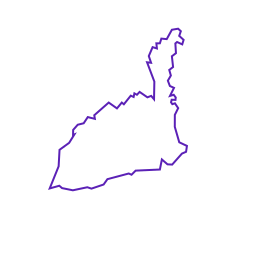 outline of Gazi Baba, Gazi Baba, North Macedonia, rotated 235°
{"feature_id": "65306769B82299046319271", "entity_name": "Gazi Baba", "entity_type": "district", "adm_level": 2, "iso_a3": "MKD", "parent_name": "North Macedonia", "parent_adm1": "Gazi Baba", "projection": "equal_earth", "projection_center": [21.531, 42.028], "detail": "fine", "context": "isolated", "style": "outline", "palette": "violet", "viewbox_px": 256, "rotation_deg": 235, "n_neighbors": 0, "source": "geoboundaries", "source_scale": "gbopen_adm2", "svg_char_len": 1095}
<svg xmlns="http://www.w3.org/2000/svg" viewBox="0 0 256 256"><g transform="rotate(235 128 128)"><path d="M123.4,29.2L120.1,38.6L116.6,39.5L108.6,47.1L102.8,60.7L99.3,63.3L95.7,75.6L97.9,81.8L90.3,102.5L87.7,104.1L88.7,109.8L75.7,130.3L82.8,137.7L75.6,139.5L72.7,143.2L76.1,157.5L75.2,161.9L79.5,166.0L86.9,161.8L102.1,167.0L111.9,173.9L115.5,180.5L121.3,180.6L122.1,178.0L124.4,178.0L126.1,180.0L123.8,183.0L125.6,184.6L129.0,184.5L130.2,180.8L134.5,188.7L138.4,186.4L143.9,187.8L146.4,193.2L151.9,195.1L152.1,199.9L161.6,205.1L161.8,210.2L170.1,215.3L170.3,217.5L165.4,220.4L168.3,224.1L174.1,222.8L177.0,226.8L180.6,226.0L183.3,220.3L178.6,210.7L182.1,206.6L179.1,202.7L181.1,199.8L176.6,197.3L180.1,194.5L175.0,186.3L168.2,184.3L170.9,181.3L150.9,176.2L136.6,165.8L141.0,165.4L142.0,161.5L150.9,158.2L150.1,154.4L152.7,153.1L150.2,150.4L152.9,148.8L149.8,138.2L152.4,137.5L150.4,130.2L159.9,126.8L157.8,107.7L154.5,106.1L160.0,101.3L157.3,94.4L159.5,88.7L157.9,82.0L153.8,79.0L153.5,80.4L149.6,71.3L149.4,59.4L136.4,49.2L123.4,29.2Z" fill="none" stroke="#5b21b6" stroke-width="2"/></g></svg>